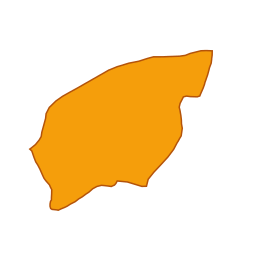 outline of Akoko North West, Ondo, Nigeria, rotated 166°
{"feature_id": "59680162B56866992006033", "entity_name": "Akoko North West", "entity_type": "district", "adm_level": 2, "iso_a3": "NGA", "parent_name": "Nigeria", "parent_adm1": "Ondo", "projection": "mercator", "projection_center": [5.79, 7.65], "detail": "fine", "context": "isolated", "style": "filled", "palette": "amber", "viewbox_px": 256, "rotation_deg": 166, "n_neighbors": 0, "source": "geoboundaries", "source_scale": "gbopen_adm2", "svg_char_len": 1484}
<svg xmlns="http://www.w3.org/2000/svg" viewBox="0 0 256 256"><g transform="rotate(166 128 128)"><path d="M124.2,67.0L120.8,73.4L117.9,75.6L113.7,78.8L107.2,83.0L105.2,84.3L96.3,90.2L88.9,96.2L83.9,101.8L82.4,103.2L80.6,105.2L78.3,107.5L75.4,114.6L75.1,119.1L74.3,122.7L73.7,127.3L73.3,132.7L73.3,135.8L71.5,139.3L66.7,144.8L63.5,144.8L60.0,143.4L53.3,141.5L50.6,141.7L49.4,143.4L45.3,148.7L43.0,152.2L42.5,153.3L40.3,156.6L40.2,156.8L37.9,160.3L35.6,164.4L34.4,166.7L31.6,170.8L30.1,174.7L29.9,175.5L29.6,176.1L28.7,178.4L27.6,182.5L33.4,184.2L38.6,185.3L45.0,185.3L49.6,185.3L54.8,184.6L60.6,185.2L68.7,186.9L70.0,187.2L76.8,188.6L86.1,190.9L91.9,190.8L95.1,190.6L101.1,190.2L101.7,190.2L105.8,190.4L111.5,190.7L121.0,190.2L123.7,190.1L131.8,188.9L132.4,188.9L168.2,178.8L175.1,177.0L183.8,174.6L186.1,173.7L191.3,171.7L199.4,167.0L204.0,161.7L205.7,157.1L212.6,144.8L214.3,140.7L217.1,137.8L221.8,134.3L226.9,131.9L228.4,131.3L226.9,129.0L226.3,122.1L225.7,117.4L224.5,113.9L223.4,109.3L222.2,102.3L221.6,99.4L220.4,96.5L218.0,91.9L217.5,89.0L216.9,86.6L217.4,84.9L218.0,82.6L219.1,79.1L219.7,76.7L220.9,75.6L222.0,73.2L222.6,70.9L222.5,68.6L221.4,67.4L216.7,65.7L215.6,65.1L212.7,65.7L208.6,66.3L205.8,66.9L202.3,68.1L197.1,69.3L195.0,70.2L193.1,71.1L189.0,72.3L185.0,74.0L181.5,75.2L176.9,77.6L172.3,78.8L167.6,78.8L164.2,77.6L161.3,76.5L158.4,75.3L154.9,75.9L153.2,77.1L151.3,79.2L141.7,75.8L128.7,68.0L124.2,67.0Z" fill="#f59e0b" stroke="#b45309" stroke-width="1.5"/></g></svg>